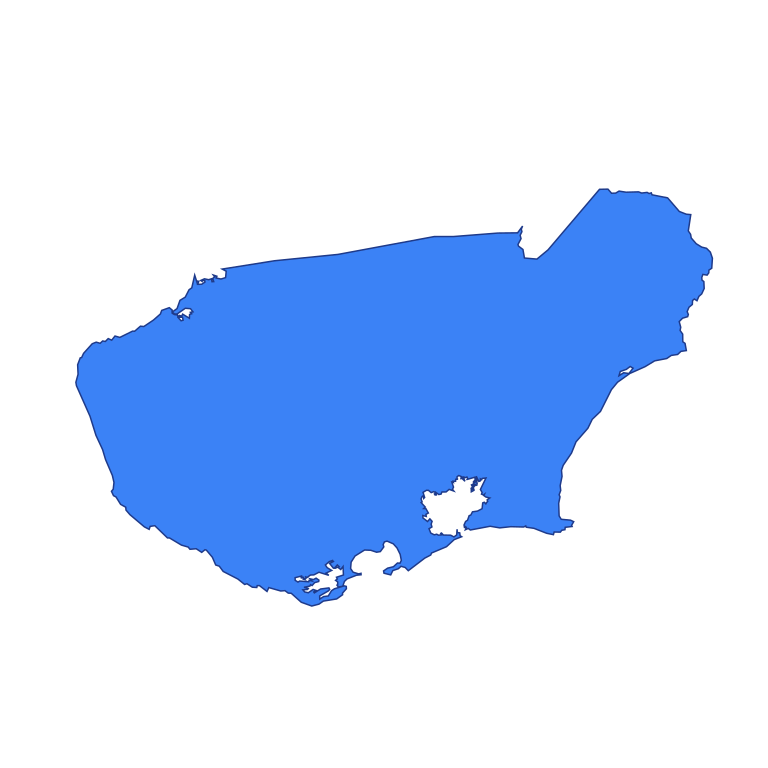 the district of Uribia, La Guajira, Colombia, rotated 189°
{"feature_id": "7082276B96062501211498", "entity_name": "Uribia", "entity_type": "district", "adm_level": 2, "iso_a3": "COL", "parent_name": "Colombia", "parent_adm1": "La Guajira", "projection": "orthographic", "projection_center": [-71.822, 11.991], "detail": "fine", "context": "isolated", "style": "filled", "palette": "blue", "viewbox_px": 768, "rotation_deg": 189, "n_neighbors": 0, "source": "geoboundaries", "source_scale": "gbopen_adm2", "svg_char_len": 6126}
<svg xmlns="http://www.w3.org/2000/svg" viewBox="0 0 768 768"><g transform="rotate(189 384 384)"><path d="M271.8,561.7L275.7,554.2L295.1,550.9L338.5,540.5L357.4,537.5L449.7,504.8L511.4,488.6L561.8,472.2L557.5,470.7L557.1,464.3L561.4,462.2L566.3,462.4L565.9,464.3L569.6,464.9L568.0,463.3L569.7,461.5L568.2,458.5L569.9,458.1L570.9,460.9L573.5,459.6L577.8,459.8L581.2,457.6L579.7,456.9L579.7,457.9L577.2,458.0L576.8,456.6L579.7,454.0L583.6,453.3L583.0,456.4L584.7,456.5L584.8,455.5L588.0,461.9L588.9,448.9L591.3,446.6L593.9,438.7L598.6,434.7L600.2,426.1L604.4,422.0L601.9,420.4L599.4,420.7L592.1,427.7L586.9,428.1L584.0,425.4L586.4,424.5L585.0,423.3L586.9,422.3L586.5,418.5L593.8,421.5L594.4,419.4L596.9,419.7L597.7,417.8L593.4,418.4L592.4,415.6L594.3,414.7L597.8,417.5L598.8,419.9L601.9,419.8L604.3,420.8L604.8,423.9L608.0,425.8L615.1,421.9L615.8,418.2L621.7,411.1L630.2,403.2L633.6,403.0L638.6,397.1L640.6,396.9L652.2,388.7L657.2,389.3L659.8,384.7L663.5,385.7L665.9,382.4L668.6,382.5L670.7,379.8L674.8,380.3L678.5,378.1L685.5,367.3L686.8,362.8L688.1,362.3L689.6,355.1L687.7,345.8L688.6,337.5L687.5,334.2L669.3,306.1L660.5,288.3L651.7,275.2L647.2,265.8L638.0,251.2L635.3,244.5L635.0,237.7L636.4,235.4L633.7,231.4L631.0,230.5L625.3,223.9L619.8,221.9L619.1,219.1L614.5,215.2L598.3,205.4L593.2,203.7L592.7,206.8L588.2,208.2L573.8,198.1L571.8,198.4L558.9,193.2L551.9,192.3L549.8,190.4L543.7,191.9L537.7,189.2L534.9,192.3L533.4,192.1L526.4,186.0L521.9,178.9L518.2,178.3L513.5,173.7L497.8,168.5L490.3,164.2L488.1,165.3L482.3,162.7L477.8,163.1L477.7,165.0L475.5,165.4L467.1,160.8L465.9,164.9L453.6,163.4L449.5,164.4L445.9,162.5L442.9,162.8L431.6,155.5L420.6,153.4L413.8,156.4L409.9,160.1L397.1,164.3L391.9,169.4L392.3,170.9L389.1,175.9L389.6,178.2L391.7,178.4L400.9,174.0L403.5,171.6L405.9,165.9L410.4,164.6L413.8,161.5L414.4,164.6L406.5,171.0L405.5,172.6L406.5,174.0L414.6,171.6L420.1,166.8L420.9,167.6L419.1,169.5L421.9,170.0L426.1,166.0L429.8,166.2L431.9,168.0L427.3,169.1L426.8,170.2L431.2,170.7L425.5,172.9L425.2,174.3L423.5,173.7L421.4,177.0L417.6,178.7L417.6,180.1L420.7,181.6L423.1,179.8L426.5,180.0L424.3,178.2L427.2,178.4L427.4,176.9L436.4,176.2L438.0,174.9L441.0,176.2L441.5,178.8L435.3,181.5L434.8,180.6L435.9,179.3L433.3,180.4L433.3,178.6L431.6,178.5L432.3,179.1L430.7,179.8L431.0,181.2L429.7,180.9L426.8,183.8L423.4,184.5L418.8,187.9L408.6,186.4L411.6,188.2L406.5,191.7L411.4,193.7L413.6,196.1L410.3,200.0L406.6,202.0L407.2,201.2L406.3,200.7L409.7,198.3L405.2,194.2L403.3,194.4L401.5,195.6L403.6,195.2L401.8,198.0L399.8,196.6L401.1,195.9L397.7,194.0L395.9,197.3L394.2,189.0L400.7,185.7L399.6,184.1L401.1,182.5L398.8,181.3L398.2,177.5L399.5,178.5L397.4,176.4L393.1,177.8L392.2,182.8L390.0,185.7L381.3,190.8L376.8,192.0L377.1,193.4L379.4,192.5L385.1,193.3L388.1,196.5L388.6,202.9L385.7,209.6L377.2,217.0L371.1,217.7L365.0,216.7L361.4,217.9L358.7,223.1L359.7,225.2L358.9,228.1L356.4,229.3L349.8,227.6L345.5,224.1L341.4,218.3L339.3,212.5L340.2,209.5L342.7,209.3L346.1,205.0L351.6,202.7L355.2,199.3L354.4,197.1L347.5,196.5L346.1,201.1L340.9,203.8L338.7,206.6L334.4,206.1L330.8,203.4L316.5,218.4L311.1,222.4L310.6,224.5L296.8,233.1L290.3,241.3L283.4,245.3L285.1,246.1L285.9,248.8L288.4,248.8L289.1,252.0L288.6,246.3L291.0,243.9L294.5,245.1L301.7,244.1L303.9,245.8L304.6,245.3L303.6,244.0L306.6,243.2L308.4,243.9L310.8,242.9L314.5,244.1L316.9,248.1L314.3,250.3L315.5,253.0L315.0,255.9L317.6,258.0L319.5,255.0L324.6,257.8L325.1,260.2L321.5,259.8L322.2,261.8L320.0,263.5L323.1,267.4L325.3,267.2L324.0,268.9L328.8,272.7L327.9,273.5L329.4,276.3L328.8,278.8L327.7,279.8L326.9,277.2L326.1,278.3L328.5,283.1L325.4,285.7L323.4,285.9L320.4,284.1L318.0,285.5L315.6,284.5L317.0,283.3L316.2,282.4L315.0,282.6L315.7,285.0L312.6,283.4L310.4,284.2L309.9,286.4L305.8,287.1L303.2,290.1L298.3,289.2L299.9,290.7L299.2,293.0L301.7,297.8L300.0,297.6L300.6,298.8L298.1,299.1L298.3,301.1L296.0,301.6L297.1,301.8L297.3,303.9L295.8,305.3L293.2,304.7L293.2,302.6L292.1,302.9L288.8,300.6L290.4,303.0L291.7,302.9L291.7,304.4L289.9,304.9L291.1,304.0L290.2,303.7L287.5,305.1L286.2,303.3L287.7,302.4L279.8,306.1L278.9,303.8L280.4,301.3L279.7,299.6L281.8,298.0L281.0,297.0L279.7,297.9L281.5,294.4L280.9,291.2L278.7,292.9L280.8,294.3L279.0,294.4L279.7,295.3L278.6,297.5L279.5,297.7L277.6,298.2L279.1,298.7L276.3,299.8L277.2,302.4L278.7,301.2L277.9,303.5L277.2,302.8L278.5,307.4L275.1,302.6L273.8,303.3L274.0,305.4L272.6,304.7L272.2,306.1L268.6,307.1L272.3,294.9L270.1,292.2L270.5,290.5L268.5,289.9L267.5,290.9L267.9,289.4L265.7,288.3L261.7,288.0L264.0,285.7L263.2,284.3L264.8,281.9L264.1,281.1L266.5,282.9L267.9,282.0L267.6,276.2L271.8,273.1L276.6,271.6L277.8,268.1L279.3,267.3L280.2,262.5L281.9,261.0L282.9,257.3L281.9,254.3L281.6,256.0L280.2,255.3L280.8,252.8L278.2,254.5L275.9,253.3L256.9,260.1L247.2,260.0L236.5,262.9L223.7,264.6L221.8,266.0L221.1,264.8L213.3,264.9L200.0,262.0L193.1,261.7L192.8,264.4L186.6,265.3L185.6,267.3L182.5,268.4L182.6,270.8L175.9,272.7L176.6,273.8L175.1,277.7L178.5,278.7L187.8,278.1L190.4,281.1L192.8,293.5L192.5,300.1L193.7,302.0L192.8,306.5L194.1,311.2L193.7,320.6L195.2,326.5L194.3,331.7L188.0,345.1L185.3,356.9L175.7,372.2L172.8,381.7L165.9,390.8L158.5,414.0L153.6,422.3L143.0,432.7L149.0,432.6L153.2,429.0L152.6,433.3L146.9,436.4L143.6,439.8L140.5,438.6L143.5,433.1L142.0,433.4L128.8,442.0L120.3,449.2L108.7,453.4L104.7,457.2L98.6,459.1L95.8,462.7L90.6,464.3L93.0,471.2L95.5,472.5L96.8,480.0L99.9,483.2L99.8,486.5L102.2,491.8L99.4,495.7L94.6,498.0L94.3,500.3L95.9,502.9L94.8,507.5L91.9,510.8L92.3,514.7L90.8,516.5L87.9,515.2L86.7,519.8L84.3,522.7L82.7,528.4L84.1,535.2L86.2,536.4L86.8,538.9L86.2,542.1L81.9,542.1L80.6,544.6L80.9,547.3L78.4,549.6L79.3,559.6L82.3,565.3L86.7,568.5L91.6,568.9L97.6,571.4L103.4,576.3L104.6,579.8L107.4,582.8L107.5,599.3L112.0,599.0L119.3,600.6L133.0,612.2L148.9,612.8L149.9,614.6L152.0,613.6L154.1,614.4L159.4,612.9L162.6,613.6L174.9,611.3L182.0,611.3L185.0,608.8L189.1,608.0L193.3,611.5L201.6,610.0L243.0,542.1L252.5,531.3L265.0,530.4L267.8,538.6L272.7,541.2L273.5,542.8L271.4,549.0L272.8,552.2L271.6,556.0L272.6,558.4L271.8,561.7Z" fill="#3b82f6" stroke="#1e3a8a" stroke-width="1.5"/></g></svg>